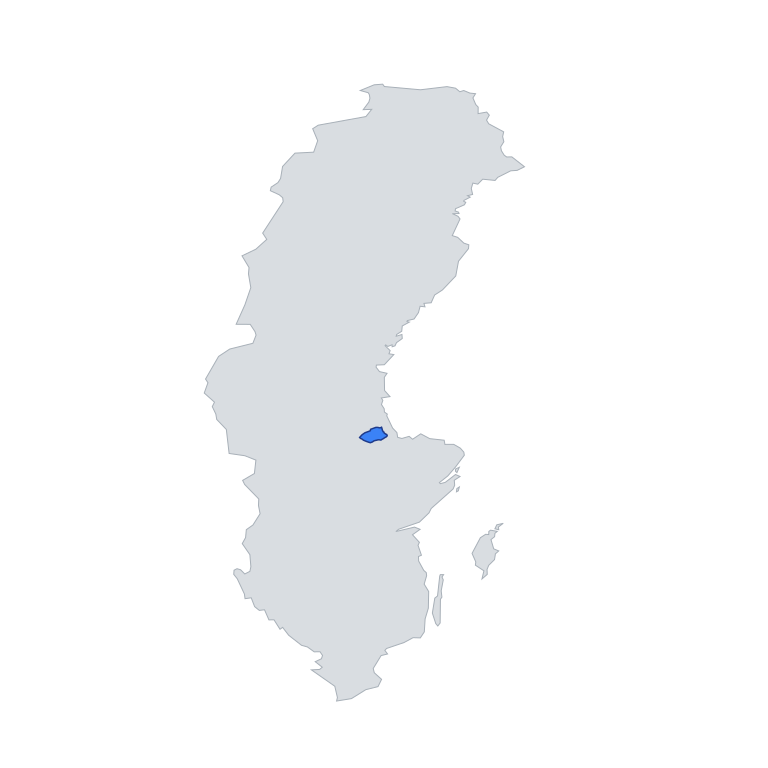 Ockelbo, Gävleborg, Sweden shown in context, rotated 340°
{"feature_id": "70781695B90060355953602", "entity_name": "Ockelbo", "entity_type": "district", "adm_level": 2, "iso_a3": "SWE", "parent_name": "Sweden", "parent_adm1": "Gävleborg", "projection": "robinson", "projection_center": [16.627, 60.941], "detail": "fine", "context": "in_parent", "style": "filled", "palette": "blue", "viewbox_px": 768, "rotation_deg": 340, "n_neighbors": 0, "source": "geoboundaries", "source_scale": "gbopen_adm2", "svg_char_len": 4461}
<svg xmlns="http://www.w3.org/2000/svg" viewBox="0 0 768 768"><g transform="rotate(340 384 384)"><path d="M185.7,509.5L188.2,514.9L193.9,514.2L196.4,510.2L199.6,498.5L196.2,485.5L201.4,481.0L204.8,473.8L212.6,471.7L223.2,463.5L224.5,455.2L227.0,449.2L218.7,430.8L218.2,426.2L231.6,423.8L237.6,411.7L228.7,403.8L214.7,396.3L220.3,372.8L214.7,360.1L215.7,354.7L214.9,346.5L218.5,343.1L212.0,331.0L219.0,322.6L218.0,318.3L238.0,301.5L251.0,298.4L274.7,300.9L280.5,294.3L280.7,290.7L278.7,282.2L265.5,277.3L280.3,262.1L291.8,247.9L294.3,234.2L297.0,228.4L294.4,215.0L309.7,213.5L323.3,208.0L321.6,200.7L351.6,178.2L352.5,174.3L350.3,170.4L343.3,163.5L345.3,160.4L353.2,158.5L357.1,155.5L363.1,144.9L379.3,136.6L397.2,142.1L404.9,132.7L404.3,119.7L410.7,118.3L458.5,126.5L466.4,121.7L458.3,119.1L466.2,113.9L468.5,110.7L469.2,107.0L468.8,104.9L462.1,100.1L477.1,99.5L485.3,101.8L486.1,104.6L518.9,120.0L544.9,126.1L552.4,130.5L555.2,135.3L559.3,135.5L564.2,140.0L569.3,142.5L565.4,145.6L565.8,152.8L567.2,156.0L564.9,162.1L573.5,163.6L574.9,167.4L570.6,171.1L571.4,175.3L582.7,188.0L580.1,192.1L579.5,197.3L574.7,201.1L574.1,205.0L575.2,210.1L576.9,212.6L581.8,214.3L590.3,227.9L582.2,228.8L576.0,227.0L561.6,228.7L558.0,230.7L546.8,225.3L540.5,228.3L536.2,225.6L532.9,230.1L532.1,236.2L526.9,235.6L528.9,237.9L521.9,238.8L521.4,239.7L523.0,241.2L520.9,243.1L511.2,243.7L510.0,245.7L512.8,248.0L512.8,249.5L506.5,247.3L510.9,251.7L511.9,254.9L498.9,267.9L503.4,271.4L507.2,278.9L511.3,282.2L509.7,285.7L496.0,294.1L488.4,307.0L471.1,315.6L462.0,317.7L456.1,323.8L449.1,321.9L448.9,325.5L444.5,323.3L440.8,328.7L434.5,333.2L427.6,332.4L426.9,333.2L429.0,334.5L421.0,335.7L418.7,340.5L412.8,341.8L411.8,343.3L417.8,343.6L416.7,347.5L409.9,349.4L407.4,351.9L404.4,351.8L405.0,349.9L400.4,350.0L399.0,347.8L398.1,348.4L401.2,354.7L399.0,357.3L403.3,359.7L390.9,366.0L383.3,363.6L382.3,365.5L384.0,370.8L390.5,375.0L386.6,377.8L382.3,390.3L385.3,397.9L376.7,396.2L377.3,399.0L374.6,402.4L375.7,407.3L374.8,410.5L376.8,413.4L375.7,414.8L377.0,428.3L379.5,434.1L378.6,438.8L382.2,441.3L389.7,441.8L392.0,445.7L401.5,443.4L408.3,451.0L421.3,457.4L420.6,461.6L428.9,464.6L433.8,470.4L435.7,475.4L435.1,478.4L422.4,486.7L412.5,492.2L402.3,495.6L402.8,496.9L407.9,497.4L420.2,493.5L423.8,496.9L417.1,498.5L415.8,503.3L413.0,506.3L385.8,517.1L382.2,520.5L370.0,525.9L348.1,525.5L344.7,526.7L363.7,528.9L368.2,532.9L359.2,535.4L363.1,544.9L360.8,547.2L360.6,557.7L357.4,557.9L356.0,562.2L357.6,572.7L359.2,575.7L358.5,578.7L353.3,585.8L355.0,594.3L349.0,609.8L342.3,618.8L337.1,630.7L331.3,635.0L324.5,632.3L314.4,633.8L296.0,633.4L293.7,634.6L295.0,638.9L288.4,638.2L276.6,647.6L276.1,652.0L280.7,660.7L274.9,666.3L262.4,665.0L245.8,668.5L231.0,665.7L233.0,662.7L234.4,651.2L218.0,627.8L225.9,630.2L229.1,629.0L224.4,621.4L231.2,620.8L233.4,618.1L232.3,613.7L226.8,611.8L222.1,604.9L217.1,601.3L208.5,587.5L205.5,578.0L202.4,578.9L200.0,568.0L195.2,566.3L194.5,555.3L189.4,554.1L186.3,549.0L186.1,539.5L180.0,538.2L181.0,533.6L179.5,516.8L177.7,511.5L179.4,507.7L182.7,507.3L185.7,509.5ZM440.0,561.2L437.2,562.2L435.7,565.3L431.3,566.8L430.7,576.4L434.7,580.1L430.6,581.7L427.8,586.8L420.4,590.2L417.4,593.5L415.9,598.2L409.4,600.7L414.0,593.7L407.9,585.5L409.4,582.6L408.8,573.3L422.0,561.4L428.1,560.0L430.9,561.3L432.1,558.4L434.1,557.8L440.0,561.2ZM355.0,627.8L351.8,629.8L350.7,626.9L351.1,615.8L358.5,602.6L361.8,601.5L370.7,583.5L371.7,582.4L374.8,583.5L372.5,585.2L372.7,588.3L367.0,597.9L365.5,604.1L363.4,605.6L355.0,627.8ZM442.6,557.5L442.0,560.2L438.7,558.0L441.8,554.9L448.4,555.7L442.6,557.5ZM426.3,488.0L422.2,492.2L421.3,490.4L422.2,488.4L426.3,488.0ZM417.3,509.8L415.2,510.1L416.7,507.2L419.6,506.5L417.3,509.8Z" fill="#d9dde1" stroke="#a8b0b8" stroke-width="1"/><path d="M342.8,425.9L343.1,426.6L343.4,427.2L344.2,427.8L345.6,429.9L348.0,432.1L350.0,433.7L351.1,434.5L351.6,434.5L353.3,434.5L355.1,434.0L356.4,434.1L357.9,434.3L359.2,434.4L360.2,434.7L361.0,435.1L361.6,435.5L362.3,435.6L363.2,435.3L364.8,435.1L365.5,434.9L366.7,434.6L367.8,434.5L368.8,434.1L369.3,433.7L369.4,433.0L369.2,432.2L368.5,431.8L368.1,431.0L367.5,430.4L367.4,429.0L366.9,428.6L366.7,426.8L366.9,424.7L366.9,423.8L365.7,423.9L364.6,423.6L364.1,423.2L363.4,422.7L362.4,422.3L361.5,422.0L359.7,422.0L357.8,422.0L355.9,422.0L355.5,422.7L355.2,423.2L353.5,423.3L351.3,423.3L349.5,423.3L347.5,423.8L345.8,424.3L342.8,425.9Z" fill="#3b82f6" stroke="#1e3a8a" stroke-width="1.5"/></g></svg>